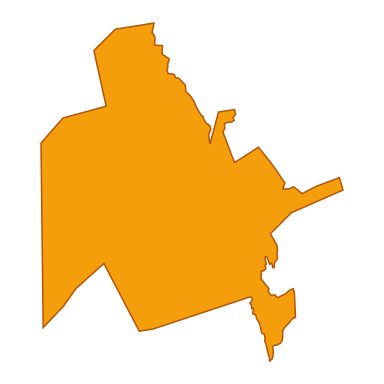 San Antonio Nanahuatípam, Oaxaca, Mexico (Equal Earth projection)
{"feature_id": "50627088B61531802941312", "entity_name": "San Antonio Nanahuatípam", "entity_type": "district", "adm_level": 2, "iso_a3": "MEX", "parent_name": "Mexico", "parent_adm1": "Oaxaca", "projection": "equal_earth", "projection_center": [-97.129, 18.149], "detail": "fine", "context": "isolated", "style": "filled", "palette": "amber", "viewbox_px": 384, "rotation_deg": 0, "n_neighbors": 0, "source": "geoboundaries", "source_scale": "gbopen_adm2", "svg_char_len": 3127}
<svg xmlns="http://www.w3.org/2000/svg" viewBox="0 0 384 384"><path d="M343.0,190.1L339.4,177.6L331.8,180.5L316.1,186.4L302.1,193.6L301.3,193.0L301.2,192.9L297.5,189.9L297.4,189.8L293.7,186.8L289.2,188.8L287.3,188.9L282.8,189.1L284.9,182.8L284.7,182.6L284.5,182.3L281.9,178.6L280.4,176.4L278.1,173.0L278.1,172.9L276.3,170.5L276.0,169.8L274.1,167.1L272.9,165.5L269.4,160.9L258.4,147.2L248.0,153.9L240.5,158.8L234.6,162.4L234.4,162.5L223.0,132.2L223.2,131.6L224.9,128.2L224.3,123.9L227.8,122.1L228.9,122.1L231.4,122.2L233.4,120.9L234.2,120.4L233.1,117.9L234.2,116.2L234.4,116.0L234.5,115.7L235.6,114.2L235.1,111.6L234.6,109.5L233.1,109.7L232.9,109.8L231.5,110.0L227.9,110.6L227.5,110.6L219.0,112.0L218.5,112.1L218.4,112.5L217.9,114.5L216.8,118.6L216.4,120.2L216.1,121.1L212.3,135.6L212.2,135.8L210.0,144.0L208.6,135.7L209.6,132.2L210.9,129.2L209.7,125.6L205.9,122.8L205.3,121.7L203.5,118.9L202.9,116.1L202.6,116.0L201.4,115.6L197.1,108.6L193.8,101.1L190.5,96.1L185.8,91.3L185.6,88.8L185.5,85.4L182.4,82.0L178.6,78.2L175.6,77.7L174.4,74.6L170.9,73.8L168.1,73.7L166.9,69.6L167.8,67.9L167.8,63.6L168.8,60.8L168.9,60.3L169.2,59.0L162.0,54.0L162.5,45.5L158.0,45.4L154.4,44.8L155.1,38.2L153.5,34.1L152.1,32.7L154.0,23.0L153.0,23.2L115.4,29.2L101.6,42.9L93.9,50.6L96.2,61.0L96.3,61.6L106.2,106.2L104.3,106.7L94.6,109.4L63.0,118.0L44.9,138.5L42.0,142.0L41.0,143.3L43.2,327.5L63.4,306.3L75.9,288.6L103.9,263.5L139.3,331.2L153.5,328.9L156.3,327.9L162.5,325.9L250.9,296.6L252.3,298.9L252.4,300.0L249.9,303.3L251.3,304.8L251.9,308.8L253.1,308.3L253.6,310.4L252.7,311.9L252.8,313.1L253.1,314.3L254.8,314.1L255.8,315.2L256.4,318.1L258.0,321.0L259.4,323.1L260.7,327.6L260.7,329.2L262.1,333.5L264.5,334.4L265.0,338.7L264.8,341.4L265.6,343.4L266.1,344.8L268.6,355.4L269.3,356.8L269.6,361.0L271.9,359.3L273.0,355.9L273.1,353.4L273.2,352.3L273.4,351.2L272.9,348.4L272.6,346.7L273.3,345.8L275.1,345.1L276.4,345.3L277.9,344.5L280.3,343.3L281.9,341.3L282.0,340.8L282.4,338.6L282.7,337.5L282.7,337.1L282.6,335.4L282.7,331.8L282.9,330.3L284.6,327.5L289.9,322.0L291.2,320.1L293.4,317.8L295.5,317.5L294.6,296.4L294.5,295.6L294.1,291.4L293.1,288.6L288.3,291.1L286.9,292.4L286.8,292.5L285.7,293.7L282.5,295.2L277.9,297.6L276.6,296.6L274.9,295.0L271.1,295.2L270.3,294.6L268.3,291.4L268.9,288.6L265.2,284.2L261.6,279.3L261.0,279.0L261.4,271.1L263.7,270.8L264.1,270.4L264.5,270.0L265.8,268.8L265.5,265.8L265.2,265.0L266.5,263.8L265.2,260.5L265.1,257.0L265.3,256.9L266.7,256.9L266.8,256.9L269.7,264.3L271.5,263.4L272.3,265.0L272.6,267.6L274.0,267.7L274.8,261.8L276.7,260.0L277.5,257.9L277.3,255.9L277.0,254.0L277.1,252.2L277.6,250.7L276.9,245.2L270.4,233.7L274.1,230.0L276.4,227.7L276.7,227.4L278.0,226.1L278.9,225.2L280.0,224.1L281.3,222.8L282.6,221.4L284.1,220.0L285.6,218.5L288.1,216.0L290.5,213.6L291.4,212.7L295.8,210.8L296.6,210.4L298.2,209.7L300.1,208.9L301.7,208.2L303.3,207.6L305.3,206.6L307.6,205.6L310.8,204.2L314.2,202.7L318.6,200.7L320.1,200.1L321.5,199.5L322.8,198.9L324.2,198.3L325.6,197.7L327.0,197.1L328.4,196.5L329.8,195.8L335.6,193.3L338.5,192.0L340.0,191.4L341.5,190.7L343.0,190.1Z" fill="#f59e0b" stroke="#b45309" stroke-width="1.5"/></svg>